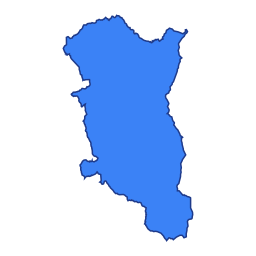 outline of Guaranda, Bolivar, Ecuador
{"feature_id": "8360857B44914689230683", "entity_name": "Guaranda", "entity_type": "district", "adm_level": 2, "iso_a3": "ECU", "parent_name": "Ecuador", "parent_adm1": "Bolivar", "projection": "equal_earth", "projection_center": [-79.091, -1.439], "detail": "fine", "context": "isolated", "style": "filled", "palette": "blue", "viewbox_px": 256, "rotation_deg": 0, "n_neighbors": 0, "source": "geoboundaries", "source_scale": "gbopen_adm2", "svg_char_len": 5700}
<svg xmlns="http://www.w3.org/2000/svg" viewBox="0 0 256 256"><path d="M187.5,31.6L186.4,29.6L185.4,29.8L185.5,31.7L183.0,33.8L177.9,31.8L174.0,31.0L172.3,29.1L169.4,28.2L168.5,29.1L166.5,30.3L165.8,33.0L164.3,34.0L163.9,35.8L163.4,36.5L162.6,37.0L162.6,38.2L163.0,38.9L162.9,39.2L161.4,39.3L161.0,40.1L159.5,41.2L158.8,40.6L158.4,39.3L156.7,39.5L156.4,39.9L155.3,39.5L154.7,40.5L153.8,40.5L153.4,41.4L152.5,40.9L152.5,41.8L151.8,42.7L151.1,42.6L150.7,41.7L149.8,42.1L148.7,41.3L146.5,41.1L143.7,40.2L141.2,38.4L140.1,38.1L139.6,37.7L138.8,36.7L138.6,35.5L137.5,33.9L135.8,33.2L135.3,33.7L134.4,33.7L133.8,32.6L133.9,32.0L133.7,30.4L132.4,29.6L131.0,29.7L130.6,29.4L130.1,28.8L130.0,27.6L128.7,27.5L127.6,26.5L127.5,26.1L126.8,25.5L126.7,24.5L126.3,23.9L124.7,22.8L124.4,21.2L123.9,20.8L123.7,20.0L122.3,18.7L121.9,17.7L120.2,17.4L119.8,16.5L118.8,15.8L117.1,15.7L116.7,15.4L115.8,16.8L114.9,17.6L114.2,17.5L112.8,16.3L112.0,16.3L110.8,18.6L110.2,18.6L109.0,20.4L108.3,19.9L108.1,19.1L107.7,18.7L106.8,18.6L105.7,17.4L104.2,18.8L103.9,19.3L103.3,19.3L102.3,20.1L101.5,19.9L100.6,20.1L99.1,19.4L98.3,20.1L97.1,20.2L96.4,20.8L96.3,21.9L95.7,22.7L94.2,23.2L92.0,22.7L91.6,23.2L91.0,23.1L90.5,23.5L89.6,23.3L87.3,23.7L86.5,24.9L83.7,25.0L82.8,26.9L82.6,27.9L81.4,29.5L80.3,29.9L79.3,31.9L78.6,32.5L78.5,33.1L77.1,34.3L76.0,34.6L75.7,35.2L74.1,35.3L73.6,36.2L72.6,36.8L72.3,37.9L70.1,38.5L68.2,36.7L67.8,36.7L66.4,37.4L66.5,44.7L64.6,46.0L63.3,48.4L64.7,52.0L65.6,52.9L65.5,53.5L65.9,53.4L66.2,53.7L66.3,54.2L66.8,54.6L66.5,54.8L67.0,55.0L67.0,54.6L67.5,54.2L68.9,54.3L69.4,54.0L69.4,54.8L70.1,55.8L70.5,55.9L70.6,57.4L71.3,58.7L79.1,67.1L79.3,67.8L79.2,69.3L80.0,71.8L80.3,74.1L80.9,74.8L81.6,74.9L81.9,75.6L81.9,76.6L82.9,79.6L82.9,80.4L83.8,79.9L84.6,80.1L85.5,79.7L89.5,79.6L89.6,80.0L89.6,82.1L90.0,83.2L90.1,84.7L89.3,86.0L87.6,86.9L87.0,86.7L86.1,88.3L84.9,88.9L82.1,88.4L80.7,90.1L79.7,90.2L79.4,91.0L77.7,91.4L77.0,91.9L76.2,91.8L75.0,92.4L74.3,92.1L73.2,92.3L72.4,93.5L71.8,93.7L71.3,94.2L72.0,95.4L72.7,95.7L73.4,96.4L74.1,95.9L75.0,96.3L75.8,96.0L77.1,96.1L77.6,96.4L78.9,98.7L79.0,99.7L78.8,100.8L79.6,102.2L80.3,102.7L81.1,104.0L81.3,105.4L81.2,106.1L81.7,106.8L82.0,106.8L84.3,104.6L85.3,104.1L84.8,105.9L85.4,108.5L85.3,110.5L86.8,114.3L84.8,116.3L84.7,118.8L84.3,119.8L83.2,121.1L83.8,121.4L84.1,122.3L84.1,123.0L84.4,123.4L84.6,124.2L85.2,124.9L85.1,125.2L85.4,126.2L85.9,127.1L86.1,128.8L85.5,130.4L85.7,131.2L86.6,131.9L87.2,134.1L87.2,135.5L87.5,136.7L87.7,137.3L88.0,137.4L88.6,138.3L89.9,141.2L90.5,141.8L91.0,143.6L90.9,144.6L91.2,146.3L91.7,147.1L91.8,148.4L92.2,149.0L92.0,149.8L92.3,150.2L92.4,153.8L93.7,155.7L95.1,156.4L95.7,156.2L98.0,158.1L97.1,160.1L96.2,160.5L95.9,161.0L95.4,161.0L94.1,161.8L92.6,161.4L92.2,161.1L92.1,160.5L91.8,161.3L91.2,161.6L90.5,161.6L90.4,161.1L89.8,161.1L89.4,161.7L89.1,161.3L88.1,161.5L87.1,161.0L86.2,160.0L85.2,159.9L83.8,160.2L82.5,161.3L81.4,163.4L80.5,164.7L80.0,165.0L80.3,166.3L80.9,167.5L80.7,168.4L80.8,170.1L81.3,171.2L81.5,173.0L81.9,173.6L82.0,174.9L84.0,176.0L84.8,177.4L84.7,178.2L85.8,176.9L86.9,176.3L87.9,176.4L88.3,176.0L89.4,176.4L89.9,176.1L90.7,176.1L91.4,175.2L91.9,175.5L95.0,174.2L96.1,173.3L97.1,171.9L97.7,172.5L98.0,173.4L98.5,173.9L100.7,174.5L101.2,180.3L100.9,181.2L99.8,182.1L101.0,182.6L101.9,184.1L102.8,184.2L103.6,183.8L104.4,181.4L105.2,181.0L105.9,181.1L106.4,181.7L106.6,182.3L106.9,182.6L107.1,183.3L108.3,184.4L109.3,186.4L109.8,186.5L110.4,187.8L113.2,190.5L114.0,191.9L115.7,193.6L117.3,193.4L118.0,194.3L119.5,194.7L123.3,194.5L124.6,195.0L126.0,196.3L127.2,197.0L127.3,199.3L128.0,200.7L129.5,200.1L131.0,200.6L131.6,200.0L132.2,200.4L133.1,200.5L133.3,201.0L133.8,201.0L134.4,201.7L136.6,201.5L137.0,202.0L138.1,202.6L139.8,202.3L141.0,202.9L142.1,205.7L143.3,206.4L143.8,206.3L144.6,206.6L145.3,207.6L146.1,207.8L145.9,209.5L145.4,210.9L145.6,211.3L145.5,211.9L146.1,212.6L145.9,214.0L146.3,214.4L146.0,214.7L146.2,215.1L146.0,215.4L146.1,216.5L145.7,216.8L145.9,218.2L145.2,220.7L145.1,221.6L145.5,221.9L145.1,222.2L145.2,222.7L144.6,223.9L145.7,224.6L145.8,225.5L146.6,226.3L147.0,227.3L148.1,229.0L150.5,230.9L152.3,230.9L153.8,231.6L155.2,231.3L157.3,231.6L161.0,233.2L163.6,236.1L164.1,237.2L165.1,238.7L165.9,239.3L166.6,240.6L169.0,237.8L169.7,237.9L170.8,238.7L172.4,238.6L173.3,239.7L176.4,237.1L179.9,235.3L182.1,235.3L183.4,236.7L183.7,237.6L184.2,237.7L186.3,236.8L186.2,233.8L186.9,230.5L187.0,228.2L188.0,226.1L187.4,221.4L188.0,220.2L189.0,219.4L191.6,218.9L192.1,218.2L192.3,216.4L192.7,214.7L192.5,212.2L190.6,208.0L190.6,198.6L190.5,197.7L189.2,197.0L187.2,196.5L185.8,195.5L184.6,195.5L184.1,194.8L183.4,195.2L182.8,195.1L179.1,190.8L177.4,190.8L177.5,188.6L176.9,186.7L177.2,185.1L178.8,183.5L180.5,176.8L180.6,174.1L181.1,172.3L180.8,170.1L181.3,167.7L180.7,163.7L182.2,160.5L182.3,159.9L185.7,154.9L183.3,149.9L183.3,149.0L182.2,144.7L182.0,142.7L181.4,141.0L181.5,138.7L181.3,137.9L182.0,137.8L182.6,137.3L181.4,136.2L180.4,135.8L179.7,133.7L177.7,129.8L176.3,128.5L174.1,125.2L173.9,125.2L173.8,124.5L174.3,123.5L174.3,122.6L172.8,120.7L172.5,119.7L172.2,119.0L172.2,118.3L171.7,116.8L171.1,116.8L169.8,115.9L169.4,115.1L168.8,114.8L168.1,113.7L167.3,113.6L168.7,112.0L169.1,110.4L169.1,109.8L167.5,106.6L168.7,104.0L168.8,103.3L167.0,99.7L165.9,98.2L165.5,96.6L165.7,94.9L167.2,93.6L168.6,93.0L169.3,90.9L170.3,90.0L170.4,89.2L170.0,86.9L172.1,84.4L172.3,82.9L173.4,81.8L176.9,72.2L177.3,70.8L177.4,69.1L178.4,67.8L178.4,66.2L179.1,63.5L180.2,61.5L180.0,60.2L180.1,59.2L181.8,57.9L179.8,56.0L179.0,54.7L178.9,53.1L178.2,50.5L179.3,47.3L178.6,44.9L178.6,43.4L182.1,38.2L184.2,36.3L185.2,34.1L186.7,33.0L187.5,31.6Z" fill="#3b82f6" stroke="#1e3a8a" stroke-width="1.5"/></svg>